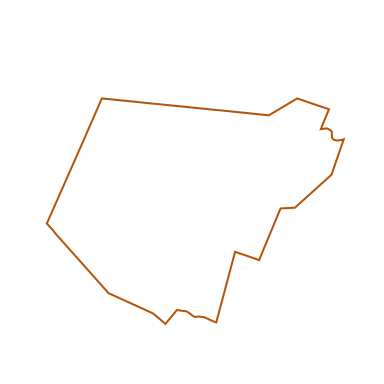 the district of Regeneração, Piauí, Brazil, rotated 114°
{"feature_id": "56859067B83556019928691", "entity_name": "Regeneração", "entity_type": "district", "adm_level": 2, "iso_a3": "BRA", "parent_name": "Brazil", "parent_adm1": "Piauí", "projection": "natural_earth1", "projection_center": [-42.521, -6.346], "detail": "fine", "context": "isolated", "style": "outline", "palette": "amber", "viewbox_px": 384, "rotation_deg": 114, "n_neighbors": 0, "source": "geoboundaries", "source_scale": "gbopen_adm2", "svg_char_len": 814}
<svg xmlns="http://www.w3.org/2000/svg" viewBox="0 0 384 384"><g transform="rotate(114 192 192)"><path d="M136.6,292.4L143.2,312.4L177.6,312.2L186.5,312.1L206.7,312.0L279.9,311.8L283.3,303.9L285.7,299.4L290.2,289.4L318.4,227.0L318.4,224.0L318.8,177.8L323.3,162.6L306.0,157.8L304.3,151.9L303.3,148.5L303.8,145.1L304.8,141.1L305.0,138.4L303.3,135.8L301.6,130.7L301.4,127.3L301.5,124.4L301.5,119.3L301.2,116.8L229.1,128.3L226.9,103.0L219.6,103.2L171.0,104.4L164.5,91.6L119.4,71.6L86.7,74.4L82.1,74.8L83.7,76.6L85.7,79.9L86.4,82.0L86.5,84.4L85.4,86.2L82.8,87.5L80.0,88.8L79.1,91.4L79.0,94.7L82.2,99.9L73.3,100.2L71.1,100.2L60.7,100.5L62.3,117.5L62.7,122.1L63.2,127.8L63.4,130.3L63.8,134.0L90.7,153.0L97.8,174.7L113.9,223.5L130.5,273.8L133.5,283.2L136.6,292.4Z" fill="none" stroke="#b45309" stroke-width="2"/></g></svg>